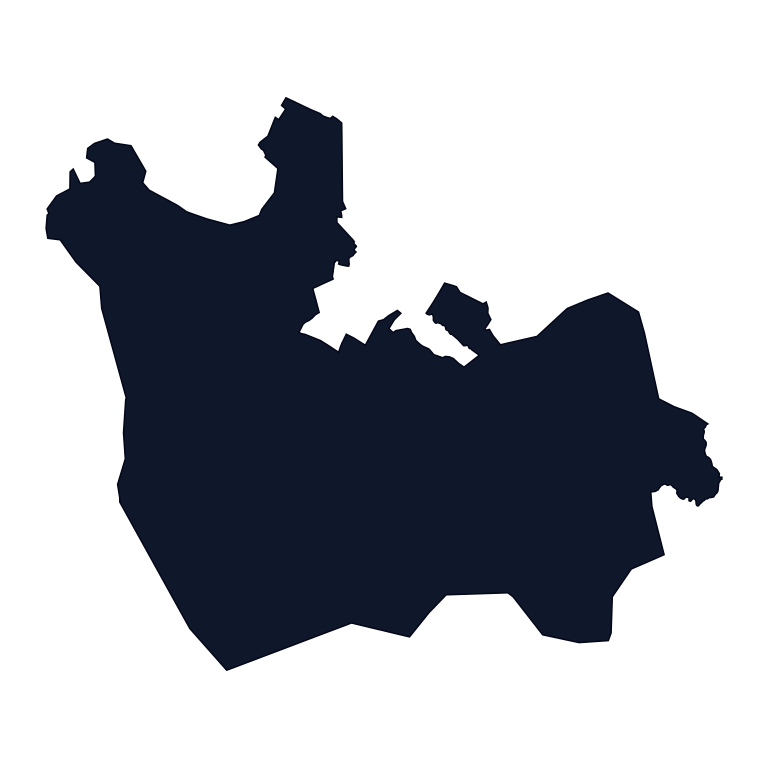 Konduga, Borno, Nigeria (Robinson projection)
{"feature_id": "59680162B88504568355174", "entity_name": "Konduga", "entity_type": "district", "adm_level": 2, "iso_a3": "NGA", "parent_name": "Nigeria", "parent_adm1": "Borno", "projection": "robinson", "projection_center": [13.263, 11.671], "detail": "fine", "context": "isolated", "style": "filled", "palette": "ink", "viewbox_px": 768, "rotation_deg": 0, "n_neighbors": 0, "source": "geoboundaries", "source_scale": "gbopen_adm2", "svg_char_len": 5294}
<svg xmlns="http://www.w3.org/2000/svg" viewBox="0 0 768 768"><path d="M409.5,636.9L429.1,612.5L446.2,594.8L507.9,592.8L513.1,596.8L542.7,634.8L579.1,642.6L608.3,640.6L611.1,633.0L612.3,596.8L631.3,569.0L664.1,554.7L651.9,506.4L650.8,491.9L654.9,491.5L657.0,490.5L658.4,489.6L659.0,488.3L660.0,487.2L660.8,486.0L662.3,485.0L663.4,484.5L664.7,483.9L666.0,484.5L667.2,485.2L668.3,485.2L669.7,484.8L671.0,484.7L672.1,485.8L673.3,487.2L675.2,488.4L676.6,489.4L677.1,490.9L676.8,492.4L676.8,493.4L677.8,494.9L678.8,496.5L680.0,497.6L681.2,498.5L682.3,499.0L683.4,499.2L684.5,498.7L685.3,497.4L686.4,497.1L687.9,497.3L689.1,498.1L689.2,498.9L688.9,500.0L689.1,500.8L690.1,501.3L691.4,500.6L692.1,499.3L693.1,498.7L694.5,498.9L695.5,500.0L696.0,501.5L696.1,502.9L696.1,503.8L696.4,504.7L696.8,505.5L697.7,506.0L698.7,505.7L699.5,504.3L700.6,503.5L701.7,502.3L702.9,501.2L704.4,500.3L705.3,499.3L705.9,498.8L707.3,498.9L708.8,497.9L709.9,497.5L711.1,497.5L712.3,497.3L713.7,496.9L714.5,495.6L715.8,493.8L717.1,492.7L717.8,491.2L718.2,489.4L718.2,487.8L718.5,486.0L718.5,484.4L719.3,481.7L719.9,481.3L720.3,479.9L720.9,479.6L721.3,479.4L721.9,479.2L721.9,477.2L718.3,477.1L719.2,475.9L719.4,473.6L718.3,471.9L717.6,470.8L717.1,469.9L715.9,468.9L714.6,468.0L713.4,467.2L712.3,466.3L712.0,464.4L711.7,463.0L711.2,461.3L710.5,459.4L709.3,458.1L708.2,457.2L706.9,456.7L706.1,456.0L705.6,454.7L705.2,453.5L704.8,452.1L704.6,450.6L704.7,449.3L705.2,447.8L705.8,446.3L706.2,444.9L706.2,442.9L706.0,442.0L705.3,441.1L704.8,440.4L703.5,439.2L703.2,438.5L703.3,437.5L703.3,436.4L703.4,435.4L703.6,434.3L704.1,433.0L704.2,432.1L704.2,430.9L703.7,430.0L703.7,429.1L703.9,428.4L705.2,427.3L705.8,425.8L706.7,424.4L707.8,423.9L692.2,413.3L674.1,406.7L658.7,398.8L644.5,333.3L638.5,312.0L636.6,310.8L608.0,293.0L587.4,300.1L567.2,308.5L554.4,320.3L537.0,336.4L509.8,342.6L500.4,344.8L493.1,335.7L489.4,329.4L486.3,330.2L484.7,329.0L487.7,324.7L490.9,319.6L487.8,313.2L488.0,308.0L487.6,306.5L486.2,302.0L483.0,303.9L460.0,292.4L456.5,286.8L453.9,285.8L450.4,284.8L444.6,283.1L439.0,292.8L435.7,298.2L432.9,302.8L429.3,308.3L427.5,311.1L426.1,313.2L426.1,313.3L427.4,314.3L428.6,314.7L429.8,314.8L431.7,314.2L432.4,314.4L432.8,314.9L433.2,316.5L433.4,318.5L433.4,319.0L433.3,319.4L433.3,319.7L433.3,320.1L433.6,320.8L434.0,321.3L434.3,321.8L435.0,322.5L435.4,323.0L436.1,323.2L437.1,322.9L437.3,322.8L437.5,322.7L438.1,322.5L438.5,322.6L439.2,323.3L440.4,323.4L440.9,323.8L441.4,324.2L441.8,324.6L442.2,325.0L442.6,325.4L443.2,325.5L444.0,325.5L444.5,325.7L445.0,326.1L445.5,327.4L445.6,328.1L445.7,328.6L445.9,329.3L446.1,329.6L446.2,329.8L446.5,330.0L447.2,330.4L448.2,330.8L448.6,331.1L448.8,331.2L448.9,331.7L449.1,332.5L449.5,333.0L450.6,334.3L451.7,334.2L458.0,339.5L463.5,345.6L463.9,345.8L467.9,345.3L468.4,346.7L468.8,347.2L469.0,348.0L469.9,348.6L470.8,348.6L471.3,349.2L471.6,349.7L479.3,355.2L464.0,367.2L458.5,363.3L453.3,358.5L449.6,356.9L445.5,356.4L442.6,357.7L434.9,355.0L433.7,354.5L429.4,349.5L428.6,348.8L423.2,346.4L420.5,344.7L415.9,340.5L414.3,336.3L411.5,332.4L410.2,329.3L407.6,328.5L395.9,330.6L393.2,332.6L388.9,328.6L394.4,319.7L400.9,313.3L397.4,310.4L388.6,315.7L383.5,319.7L378.4,321.1L365.5,344.9L363.9,344.4L354.0,338.1L346.3,334.2L343.3,340.4L341.9,343.2L340.5,346.7L338.6,352.2L338.6,352.3L329.6,346.3L320.4,340.5L304.9,334.3L301.6,333.7L298.9,332.5L303.1,324.2L305.5,322.1L308.8,320.6L312.1,318.2L315.3,314.8L319.2,312.5L317.2,305.0L315.7,299.2L314.2,293.9L312.8,288.4L317.3,286.4L323.0,283.7L332.0,279.6L332.6,279.4L333.1,279.1L333.1,278.5L332.9,278.1L332.7,277.7L332.5,277.3L332.4,276.7L332.4,276.4L332.4,276.0L332.5,275.3L332.6,275.2L332.7,274.4L332.9,273.1L333.1,272.1L333.3,270.7L333.3,269.9L333.4,269.0L333.6,268.4L333.7,267.4L333.9,266.0L334.0,265.5L334.1,264.5L334.2,263.6L334.3,262.5L334.4,261.7L335.1,262.0L335.5,260.7L337.2,260.7L339.2,260.8L339.1,262.2L338.6,264.0L339.2,264.3L340.4,264.7L342.1,265.1L343.6,265.4L345.1,265.7L345.3,265.7L345.6,265.8L346.2,265.9L346.5,266.0L347.4,266.1L348.8,266.1L349.2,263.9L348.8,260.1L349.0,258.2L350.0,257.1L351.2,256.6L353.0,255.5L354.5,253.5L356.0,252.0L354.7,250.8L353.9,249.9L355.1,248.0L355.9,247.2L356.4,246.2L354.1,243.8L353.8,243.3L353.9,242.9L354.0,242.3L354.4,241.9L352.8,239.7L348.5,235.1L336.9,222.5L336.9,216.8L341.7,217.4L341.6,215.2L341.2,213.0L340.7,210.7L342.9,209.9L345.7,208.7L342.5,201.4L341.9,137.4L341.7,123.0L336.7,118.8L332.7,116.3L330.4,118.4L327.5,117.7L322.8,115.9L320.2,113.6L311.2,109.8L286.0,97.8L281.5,105.4L285.7,109.0L278.7,119.7L275.3,117.3L267.9,136.1L260.1,142.2L258.4,145.0L261.3,148.9L263.5,150.4L265.8,155.2L265.0,157.1L277.9,168.5L274.4,192.8L261.7,209.4L259.4,215.4L244.2,221.6L229.8,225.1L223.1,223.3L207.2,219.0L192.7,214.0L186.5,211.7L177.5,205.4L149.2,190.2L142.7,182.7L145.8,171.2L131.0,145.7L114.5,143.2L107.5,139.0L94.5,143.4L87.7,148.4L86.6,157.9L94.9,162.4L95.4,176.2L89.6,182.1L80.1,183.4L73.2,169.0L70.1,171.9L69.9,188.9L56.6,195.9L47.1,209.0L47.9,210.7L48.7,213.5L48.2,214.5L47.2,215.0L46.1,228.4L47.8,238.3L60.1,239.8L76.1,262.2L99.9,286.3L100.9,298.8L101.7,308.5L126.2,397.8L126.3,397.9L125.7,399.6L123.5,432.8L125.3,458.9L117.6,484.4L119.7,497.6L119.8,502.1L179.7,610.3L189.9,628.6L226.7,670.2L351.4,623.0L409.5,636.9Z" fill="#0f172a" stroke="#020617" stroke-width="1.5"/></svg>